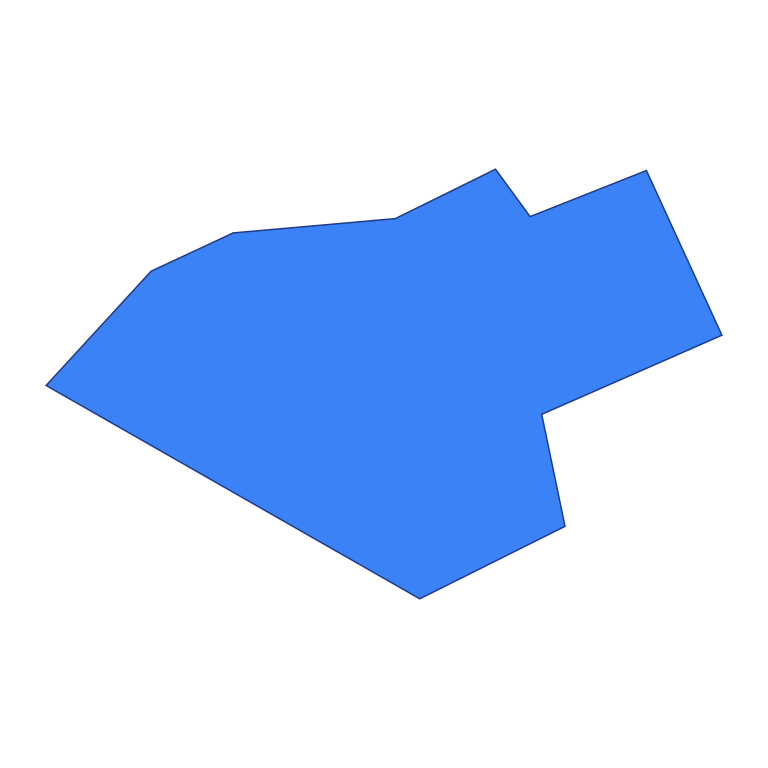 the border of Bel Ombre
{"feature_id": "SYC-5207", "entity_name": "Bel Ombre", "entity_type": "state/province", "adm_level": 1, "iso_a3": "SYC", "parent_name": "Seychelles", "parent_adm1": "", "projection": "robinson", "projection_center": [55.407, -4.627], "detail": "fine", "context": "isolated", "style": "filled", "palette": "blue", "viewbox_px": 768, "rotation_deg": 0, "n_neighbors": 0, "source": "natural_earth", "source_scale": "10m", "svg_char_len": 274}
<svg xmlns="http://www.w3.org/2000/svg" viewBox="0 0 768 768"><path d="M46.1,385.5L151.1,271.2L233.2,232.9L395.3,218.6L495.5,169.2L530.1,216.6L646.4,170.5L721.9,335.2L541.7,414.3L565.0,526.3L419.7,598.8L46.1,385.5Z" fill="#3b82f6" stroke="#1e3a8a" stroke-width="1.5"/></svg>